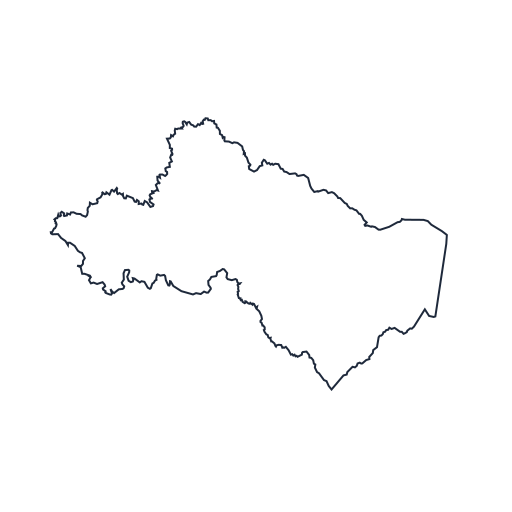 the district of Kedougou, Kédougou, Senegal, rotated 342°
{"feature_id": "50182788B85082652306110", "entity_name": "Kedougou", "entity_type": "district", "adm_level": 2, "iso_a3": "SEN", "parent_name": "Senegal", "parent_adm1": "Kédougou", "projection": "equal_earth", "projection_center": [-12.631, 12.759], "detail": "fine", "context": "isolated", "style": "outline", "palette": "slate", "viewbox_px": 512, "rotation_deg": 342, "n_neighbors": 0, "source": "geoboundaries", "source_scale": "gbopen_adm2", "svg_char_len": 6110}
<svg xmlns="http://www.w3.org/2000/svg" viewBox="0 0 512 512"><g transform="rotate(342 256 256)"><path d="M252.6,110.3L250.5,109.4L249.3,110.7L248.5,110.2L246.9,111.4L246.6,113.9L245.6,113.8L244.9,112.5L242.9,114.1L241.6,112.7L239.0,114.5L237.2,113.8L236.7,112.4L234.9,111.0L233.9,107.9L231.8,107.9L230.8,109.4L230.0,106.5L229.3,105.7L227.9,105.7L227.3,106.9L227.4,109.9L226.4,110.7L224.7,110.7L225.0,111.9L221.3,110.7L220.2,111.0L218.5,110.0L217.5,111.6L216.9,114.7L215.2,115.2L214.0,116.5L212.6,114.8L211.6,116.9L210.3,117.6L207.6,116.9L208.4,123.7L207.4,126.7L209.3,128.0L209.0,129.1L207.8,129.7L208.1,133.2L207.6,133.9L206.7,133.4L204.8,135.8L205.2,140.1L202.3,140.6L201.6,144.6L198.5,144.2L196.8,144.7L196.4,147.4L197.4,148.6L196.9,150.5L195.4,151.4L194.3,151.8L192.2,149.6L189.8,148.8L189.3,149.0L188.9,151.8L187.9,150.4L186.6,150.1L185.7,153.8L187.1,157.6L186.4,156.7L184.9,156.4L182.7,157.5L183.0,163.4L181.9,162.6L179.0,163.2L177.1,162.2L176.9,163.1L177.7,164.4L174.5,164.6L173.6,165.4L173.7,167.0L175.3,169.9L173.6,168.1L172.9,169.2L172.1,169.3L171.9,171.9L174.5,175.3L173.5,176.7L170.7,176.7L169.0,171.3L167.2,169.3L164.6,172.5L163.7,171.9L163.3,170.7L160.5,170.3L161.4,167.8L160.1,165.9L158.6,167.5L157.4,166.8L156.8,162.9L151.8,158.7L150.0,161.0L148.5,160.4L148.1,158.0L148.6,155.8L147.4,156.2L145.6,153.9L143.7,154.4L143.3,153.5L143.9,150.2L144.8,149.0L144.6,148.3L140.9,150.9L139.6,148.6L138.9,148.7L135.6,152.4L133.4,149.2L132.4,150.6L131.2,150.5L129.7,148.1L129.3,148.3L129.1,149.7L126.3,152.2L122.4,152.9L122.0,153.4L122.3,155.2L121.3,156.7L116.5,156.3L114.5,154.0L113.4,156.9L110.9,158.3L109.9,160.3L109.8,161.8L108.0,164.9L106.1,166.0L103.1,163.6L102.1,161.9L98.4,160.4L96.0,158.1L93.4,157.4L92.0,159.1L89.6,157.2L88.7,159.0L85.9,158.7L85.7,158.1L86.7,156.2L84.9,153.9L83.2,154.7L83.0,157.2L82.2,157.7L80.8,157.5L80.7,155.6L78.7,158.6L77.2,158.2L75.6,158.9L76.1,159.7L75.5,160.9L76.2,162.2L75.5,163.1L76.2,164.1L75.3,165.7L73.5,167.5L72.4,167.5L69.4,170.4L68.2,170.0L68.0,171.1L69.0,172.4L74.5,174.0L76.2,178.6L79.4,182.9L80.5,187.5L81.4,185.3L83.2,185.9L86.7,190.4L88.2,196.0L89.8,198.1L91.5,199.3L92.5,205.2L89.9,207.3L89.0,210.0L86.7,211.5L82.9,210.0L85.8,212.4L85.2,219.2L87.5,220.0L92.0,223.4L92.2,224.6L91.8,224.5L92.2,225.0L89.7,227.4L90.5,231.0L93.3,231.1L96.2,233.5L102.0,233.5L103.2,236.4L103.2,238.2L100.3,239.4L100.2,240.6L102.1,243.1L101.4,244.1L101.7,244.7L105.0,247.4L106.3,248.0L107.5,247.1L107.4,242.5L108.2,245.4L109.6,247.4L115.2,245.3L119.0,246.1L120.3,245.6L121.3,244.1L120.2,241.8L120.1,239.9L123.0,237.6L124.7,231.5L127.0,228.9L130.4,229.7L131.0,230.6L130.4,232.2L127.1,235.9L127.2,240.2L128.9,242.2L131.0,242.2L131.9,240.9L132.0,239.0L133.5,239.9L137.3,245.2L139.3,244.6L141.9,246.1L143.3,252.7L144.9,254.4L146.0,254.1L149.0,250.1L150.4,249.9L152.3,248.2L154.0,247.9L154.0,247.0L155.9,243.3L156.8,243.1L158.9,245.1L162.7,245.6L163.4,246.9L162.8,251.2L163.5,256.8L164.4,257.3L165.1,256.7L166.4,253.4L167.0,253.8L168.1,259.0L174.2,266.4L184.2,273.1L187.5,272.8L191.7,275.1L195.6,273.8L197.7,275.6L199.2,276.0L202.9,273.3L203.0,272.1L201.9,268.8L202.8,265.0L204.9,264.1L207.1,262.1L211.8,262.8L212.7,262.0L214.1,259.2L217.0,259.1L220.3,258.1L221.6,258.9L223.3,263.4L221.3,267.2L221.9,269.2L225.5,271.5L229.4,271.6L230.4,272.7L230.2,275.0L231.1,276.9L232.5,277.1L231.8,277.6L230.3,277.2L229.5,277.9L229.7,279.9L228.8,281.8L228.8,283.6L228.6,284.2L227.5,284.4L227.2,286.6L226.7,286.9L226.7,290.7L228.2,291.5L227.7,292.5L228.0,293.5L229.0,293.4L229.1,295.5L230.7,297.4L231.7,297.1L231.9,295.8L232.4,296.0L234.1,298.8L235.3,299.5L236.1,298.8L237.6,301.2L238.4,300.3L239.3,301.0L239.9,305.0L241.3,304.6L240.2,306.4L242.0,309.6L242.6,314.6L242.2,317.8L240.2,319.1L239.9,320.2L240.7,321.2L240.6,324.1L241.3,324.2L242.2,326.5L241.6,328.5L240.6,328.8L240.7,330.8L241.6,333.7L242.7,334.7L242.6,337.2L243.3,338.1L244.6,338.3L244.1,339.0L244.1,341.9L244.7,342.0L246.5,344.8L246.7,347.7L247.0,348.3L247.9,347.3L250.2,347.5L252.5,348.5L252.7,351.3L253.4,351.1L254.3,352.0L256.3,351.6L257.9,355.7L258.7,360.6L260.1,360.6L260.7,362.2L262.2,361.8L262.6,363.6L263.8,363.5L264.4,364.7L269.1,364.0L270.0,362.2L270.8,361.8L274.5,362.5L276.0,366.6L275.5,369.1L277.1,370.0L278.2,372.8L277.8,376.3L278.9,377.5L277.5,380.3L278.2,385.3L279.7,387.0L282.3,395.0L284.4,396.8L285.0,402.1L286.6,406.3L302.3,396.6L305.6,396.8L307.0,394.6L313.6,391.2L315.7,392.5L317.9,391.6L319.4,389.6L321.7,389.5L322.8,390.8L323.9,391.0L328.7,389.0L332.0,389.1L332.5,387.0L337.1,384.4L338.4,381.7L342.9,380.1L347.5,371.2L349.0,370.1L350.7,370.4L352.4,369.5L353.6,367.9L355.4,367.9L356.9,366.7L358.9,367.0L360.7,365.4L362.4,367.3L365.6,367.2L369.6,372.6L371.2,373.1L372.3,375.6L373.7,375.5L375.9,375.0L376.8,373.8L380.2,372.5L381.7,373.3L384.4,372.0L400.1,358.9L402.1,366.5L406.2,368.9L407.9,368.9L440.7,303.3L444.0,295.0L443.6,294.3L440.4,289.7L432.4,280.4L430.2,275.9L426.5,273.4L408.8,267.5L406.2,265.9L405.4,267.0L403.3,268.0L401.1,267.6L391.7,269.4L382.3,269.4L380.7,268.8L378.1,265.2L375.4,263.6L374.6,263.8L371.4,261.4L369.2,261.1L368.9,259.9L371.7,258.3L369.6,254.9L369.1,250.4L368.1,248.1L367.1,247.8L365.6,243.6L363.9,242.4L362.3,240.4L360.3,239.8L358.7,236.7L358.4,234.5L356.8,233.0L354.0,227.0L352.0,226.2L351.8,224.6L349.7,220.4L347.9,218.7L344.1,218.5L342.9,215.3L340.6,213.9L335.0,214.0L334.8,213.4L331.2,213.1L329.6,209.0L329.2,206.1L329.7,197.9L326.5,193.6L320.9,192.9L319.9,192.2L319.8,190.7L318.7,189.5L313.2,188.4L311.0,185.6L308.9,184.4L308.2,181.4L306.5,180.6L305.7,175.6L302.8,174.2L300.5,174.6L299.8,173.2L298.1,173.6L297.1,171.5L295.2,171.7L294.0,167.7L293.1,166.9L290.4,169.1L290.0,171.8L287.3,171.7L283.5,174.6L280.2,175.1L276.9,171.7L276.4,171.1L276.9,168.4L278.4,168.2L278.9,167.4L277.7,164.9L277.7,159.6L276.6,157.2L277.2,155.0L275.9,155.1L277.0,152.6L276.4,151.1L276.7,147.5L273.4,142.7L270.2,141.1L268.4,141.4L265.6,138.8L261.8,137.3L261.6,136.3L262.8,133.3L261.9,132.7L260.9,133.2L261.1,130.6L259.4,128.8L260.3,125.7L259.4,122.3L258.3,121.7L259.0,118.7L257.3,117.0L257.8,114.6L255.9,114.3L254.9,112.8L252.6,112.1L252.6,110.3Z" fill="none" stroke="#1e293b" stroke-width="2"/></g></svg>